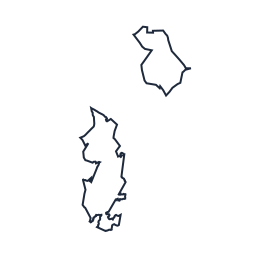 outline of Nejapa de Madero, Oaxaca, Mexico, rotated 144°
{"feature_id": "50627088B21125637021022", "entity_name": "Nejapa de Madero", "entity_type": "district", "adm_level": 2, "iso_a3": "MEX", "parent_name": "Mexico", "parent_adm1": "Oaxaca", "projection": "mercator", "projection_center": [-95.677, 16.669], "detail": "fine", "context": "isolated", "style": "outline", "palette": "slate", "viewbox_px": 256, "rotation_deg": 144, "n_neighbors": 0, "source": "geoboundaries", "source_scale": "gbopen_adm2", "svg_char_len": 5344}
<svg xmlns="http://www.w3.org/2000/svg" viewBox="0 0 256 256"><g transform="rotate(144 128 128)"><path d="M201.9,54.8L201.4,55.3L201.2,55.4L200.8,55.5L200.7,55.8L200.6,56.1L200.3,56.4L199.8,56.7L198.1,58.5L197.7,58.6L197.1,58.6L196.6,58.5L196.1,58.4L195.7,58.3L195.6,58.0L195.4,57.5L195.3,57.2L195.0,56.6L194.5,56.0L194.2,55.4L193.8,55.1L193.3,55.0L193.0,54.9L192.4,54.9L185.0,62.1L187.4,62.4L187.7,62.8L188.2,63.3L188.3,63.5L188.5,64.2L188.6,64.4L188.7,64.7L189.0,64.8L189.4,64.7L189.8,64.8L190.0,64.8L190.4,64.7L190.6,64.4L190.8,64.2L191.1,64.0L191.3,64.0L191.6,64.0L191.9,64.0L192.0,63.9L192.1,63.7L192.4,63.6L192.7,63.6L193.2,63.8L193.6,63.9L193.9,63.7L193.9,63.0L194.1,62.9L194.3,63.5L194.5,64.1L194.7,64.4L195.3,64.5L195.5,64.6L196.2,64.8L196.5,65.0L196.7,65.3L196.8,65.5L196.8,65.8L196.8,66.6L196.7,66.9L196.7,67.2L196.5,67.7L196.5,67.8L196.2,67.9L195.9,67.7L195.8,67.9L195.6,67.9L195.4,67.8L194.2,68.3L194.1,68.6L194.0,69.0L194.1,69.4L194.3,69.6L195.2,70.4L195.5,70.6L196.0,70.8L196.1,71.1L196.0,71.3L195.9,71.5L195.7,71.8L195.8,72.0L195.7,72.2L195.4,72.3L194.5,72.1L194.2,72.1L193.8,72.0L193.4,71.8L193.0,71.6L179.9,77.4L179.7,77.4L179.3,77.1L179.3,76.9L179.1,77.1L178.4,76.9L177.9,76.8L178.0,76.5L177.9,76.3L177.9,76.2L178.1,76.0L178.2,75.8L178.0,75.6L178.1,75.4L177.8,74.9L177.9,74.7L177.9,74.4L177.6,74.2L176.5,74.7L176.2,75.1L175.9,74.9L175.6,74.5L174.5,73.7L173.4,73.5L172.7,72.8L171.8,72.5L171.3,73.2L171.0,73.5L170.8,74.1L170.5,74.5L170.0,74.9L169.2,75.6L169.0,76.0L169.9,76.7L170.4,77.3L171.0,77.1L171.4,77.4L171.8,77.8L172.4,78.1L172.8,78.3L173.1,78.4L173.3,78.5L173.5,78.7L173.4,78.8L173.5,78.8L173.9,79.0L174.0,79.1L174.3,79.2L174.5,79.4L174.6,79.7L161.8,85.6L161.6,86.0L161.8,86.9L161.7,87.2L161.4,87.3L161.3,87.7L161.3,88.2L161.4,88.6L161.1,89.1L161.1,89.4L161.4,90.1L161.7,90.6L161.7,90.8L161.7,91.3L161.9,91.4L161.9,92.0L162.0,92.0L162.0,92.4L156.0,98.8L147.1,108.2L147.3,108.2L147.4,108.3L147.8,108.3L148.0,108.3L148.6,108.5L148.0,108.6L147.8,108.7L147.1,108.9L147.0,109.0L146.7,109.3L146.6,109.7L147.0,110.3L147.2,110.7L147.4,111.1L147.4,111.3L147.6,111.5L147.8,111.7L148.0,111.8L148.9,111.4L149.1,111.5L149.3,111.4L149.6,111.3L149.7,111.1L149.8,110.8L149.6,110.3L149.6,110.2L149.5,109.8L149.5,109.5L149.7,109.4L149.9,109.2L150.0,109.1L150.3,108.9L150.6,108.8L150.8,108.8L150.8,109.4L150.9,109.5L151.0,109.8L151.2,110.1L151.4,110.2L151.6,110.2L151.9,110.5L152.4,110.8L152.8,110.8L151.4,116.2L145.1,118.2L145.2,126.7L145.6,128.5L144.4,129.8L140.6,133.4L134.9,137.2L136.6,145.4L141.0,145.7L141.2,145.9L141.3,146.2L141.3,146.4L141.3,146.7L141.0,146.8L140.9,147.0L140.8,147.8L140.3,147.9L140.2,147.9L140.0,147.7L139.9,147.6L139.5,147.9L139.4,148.1L139.7,148.4L139.7,148.6L139.6,148.8L139.4,149.3L139.3,149.6L139.5,149.9L140.0,150.6L140.1,152.3L140.2,152.8L140.7,154.0L142.4,157.3L142.8,158.2L143.1,159.3L143.5,160.1L144.6,162.8L146.0,165.5L146.1,165.8L147.5,162.8L147.6,161.1L148.5,159.9L149.0,158.9L149.1,157.0L152.8,151.2L154.2,149.8L155.0,149.3L158.6,148.8L160.7,148.4L162.8,148.1L166.8,147.4L168.6,147.3L172.3,148.2L172.0,146.2L171.9,144.7L172.9,139.1L169.1,138.9L178.1,135.2L181.1,130.1L181.4,127.0L180.4,125.8L177.0,120.7L175.8,120.9L174.1,119.9L174.0,119.0L174.6,118.4L174.7,118.2L174.4,118.1L172.3,117.8L171.4,117.6L170.9,116.9L171.6,116.9L173.6,115.4L174.8,114.9L175.2,114.8L175.6,114.5L175.9,114.5L177.1,113.6L189.3,106.0L189.5,105.9L189.5,106.1L190.0,107.2L189.7,107.4L187.6,109.3L189.7,109.1L189.8,108.8L190.0,108.6L190.5,108.6L190.9,108.8L191.2,109.0L191.5,109.1L191.8,109.0L192.0,109.2L192.2,109.4L192.4,109.6L192.6,109.8L192.8,110.0L192.9,110.7L193.1,111.0L193.8,111.4L194.1,111.5L194.5,112.6L194.8,112.6L195.0,112.3L198.7,103.0L201.9,100.4L204.0,98.3L209.9,92.5L209.9,89.4L209.5,88.7L211.1,77.3L213.2,75.3L214.0,74.9L213.9,74.6L213.5,74.1L213.3,73.8L213.4,73.6L213.1,73.5L212.9,73.6L211.8,73.8L211.7,73.7L211.4,73.5L211.0,73.6L210.8,73.8L210.1,74.1L210.1,74.3L210.0,74.8L209.5,74.8L209.3,74.9L209.1,75.3L208.9,75.4L208.7,75.7L208.4,75.8L208.1,75.7L207.9,75.5L207.8,75.4L207.7,75.4L207.2,75.7L206.9,75.8L206.7,75.8L205.9,75.6L205.8,76.0L205.0,76.3L204.8,76.4L204.6,76.2L204.4,75.9L203.9,75.5L203.2,75.2L202.9,75.1L202.7,75.0L202.3,74.6L202.1,74.3L202.0,74.1L201.7,73.8L201.5,73.7L201.1,73.7L200.5,73.4L200.6,73.2L200.8,73.2L201.0,73.1L201.4,72.9L201.7,72.7L202.2,72.7L202.7,72.6L203.0,72.3L203.1,72.1L203.5,71.6L203.7,71.3L203.8,71.0L204.0,70.8L204.2,70.6L204.4,70.4L204.8,70.2L205.3,70.2L206.3,70.0L206.7,69.8L207.4,69.1L207.5,68.6L207.6,68.2L208.0,67.6L208.3,67.4L208.6,67.2L209.0,67.2L209.3,66.7L209.5,66.6L209.9,66.4L209.9,66.2L210.0,66.0L210.3,66.1L210.5,66.1L210.3,65.7L210.5,65.4L211.0,65.5L206.8,58.0L206.5,58.0L206.3,58.0L206.0,57.8L205.9,57.6L205.7,57.4L205.3,57.3L205.1,57.3L204.5,57.1L203.9,56.9L203.0,56.8L202.8,56.6L202.6,56.4L202.1,55.9L201.9,55.6L201.8,55.0L201.9,54.8ZM78.1,131.9L74.1,132.7L73.1,132.9L68.4,134.4L62.1,134.4L59.1,133.8L51.2,141.0L50.0,141.0L47.4,141.4L42.0,139.3L46.1,142.4L45.7,145.8L46.2,152.9L46.8,159.1L47.4,164.4L43.8,175.4L42.7,177.4L42.0,179.7L42.3,181.7L42.3,186.2L50.7,192.0L51.7,190.4L56.4,194.0L53.2,198.2L56.4,201.2L62.9,200.0L67.2,199.8L68.6,200.3L68.4,189.9L68.7,185.5L67.8,182.0L63.1,176.9L76.1,172.5L80.1,171.2L82.6,166.8L86.7,156.7L86.7,153.3L80.0,146.5L79.0,141.6L77.4,142.9L77.3,137.9L78.1,131.9Z" fill="none" stroke="#1e293b" stroke-width="2"/></g></svg>